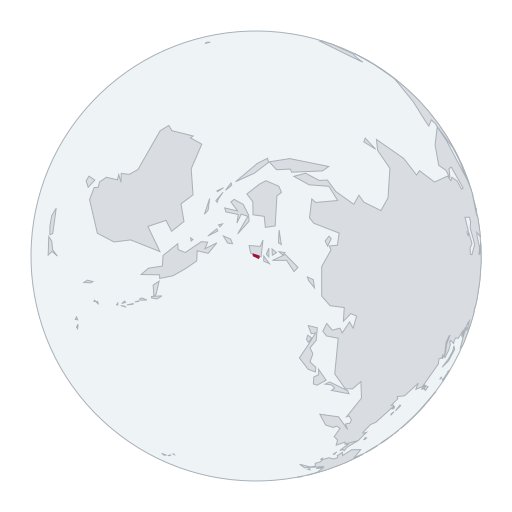 Surigao del Sur highlighted on a globe, orthographic projection, rotated 133°
{"feature_id": "PHL-2594", "entity_name": "Surigao del Sur", "entity_type": "Province", "adm_level": 1, "iso_a3": "PHL", "parent_name": "Philippines", "parent_adm1": "", "projection": "orthographic", "projection_center": [126.161, 8.696], "detail": "medium", "context": "on_globe", "style": "filled", "palette": "rose", "viewbox_px": 512, "rotation_deg": 133, "n_neighbors": 0, "source": "natural_earth", "source_scale": "10m", "svg_char_len": 9311}
<svg xmlns="http://www.w3.org/2000/svg" viewBox="0 0 512 512"><g transform="rotate(133 256 256)"><circle cx="256" cy="256" r="225" fill="#eef3f6" stroke="#a8b0b8"/><path d="M430.8,336.9L430.6,338.5L430.3,338.7L430.8,336.9ZM381.3,68.8L373.2,63.8L365.4,62.4L370.4,67.2L363.5,62.6L377.9,76.2L378.5,82.0L373.3,72.4L369.2,69.3L367.3,71.3L362.7,68.6L359.2,68.3L353.9,65.2L351.3,60.6L347.8,58.7L346.6,60.4L340.6,58.9L342.8,56.6L332.5,53.9L326.2,47.4L336.4,46.7L328.5,43.0L328.0,42.5L346.5,49.7L364.3,58.5L381.3,68.8ZM464.6,190.4L462.7,185.5L464.5,187.7L464.6,190.4ZM461.1,183.2L461.9,184.7L461.1,183.5L461.1,183.2ZM460.3,182.8L460.9,183.1L460.4,183.3L460.3,182.8ZM459.4,182.9L459.8,182.6L459.8,182.8L459.4,182.9ZM457.3,181.5L456.7,181.0L456.9,180.2L457.3,181.5ZM389.7,74.7L386.6,72.5L385.1,71.4L385.6,71.7L389.7,74.7ZM375.0,71.7L375.5,70.6L376.6,72.7L375.0,71.7ZM359.6,68.9L360.9,70.1L358.5,69.5L359.6,68.9ZM348.2,64.3L344.0,63.3L347.9,63.5L348.2,64.3ZM341.2,62.1L330.9,60.3L332.9,62.7L321.3,55.4L333.9,59.0L338.4,58.7L338.1,60.3L341.2,62.1ZM320.8,40.2L320.9,40.3L312.8,38.0L312.1,37.8L320.8,40.2ZM316.5,51.9L313.6,51.1L316.2,51.2L316.5,51.9ZM324.9,41.6L322.7,41.1L315.5,39.0L313.7,38.6L312.4,37.9L324.9,41.6ZM302.5,35.6L307.4,36.7L304.9,36.1L307.6,36.8L302.3,35.7L300.2,35.1L298.5,34.8L300.0,35.1L302.5,35.6ZM298.7,35.1L306.8,36.9L306.5,36.9L298.7,35.1ZM294.8,34.2L297.7,34.8L297.3,34.7L294.8,34.2ZM288.2,33.0L286.6,32.8L286.1,32.7L288.2,33.0ZM290.1,33.4L288.8,33.3L289.9,33.3L291.4,33.6L290.1,33.4ZM294.0,34.1L294.7,34.3L292.8,33.9L294.0,34.1ZM283.2,32.4L282.2,32.3L277.3,31.8L278.0,31.8L283.2,32.4ZM63.6,138.9L63.0,140.2L75.3,123.1L76.6,119.8L85.9,108.3L88.8,105.8L88.1,110.7L91.0,107.4L97.4,98.1L103.3,93.6L100.3,94.6L97.0,98.3L95.1,99.3L97.9,96.1L99.9,94.4L101.9,92.0L92.9,100.6L106.8,87.2L121.8,75.1L137.8,64.2L136.1,65.3L143.5,60.9L144.3,61.0L149.5,57.5L157.7,53.4L162.9,51.3L166.5,49.6L159.1,52.6L176.8,45.1L181.7,43.6L184.1,43.7L169.9,51.4L164.4,53.1L166.8,50.9L156.7,56.3L161.3,54.2L159.3,55.8L166.6,53.2L165.5,54.3L174.4,50.3L173.8,51.4L168.2,53.9L178.5,52.0L179.7,54.2L182.6,53.3L185.3,51.8L185.0,56.2L187.1,55.4L188.1,53.6L192.9,51.0L201.4,48.5L200.8,50.2L197.7,51.3L190.2,56.6L182.0,59.9L182.6,60.4L189.6,58.0L198.7,51.4L204.0,49.5L200.4,52.4L202.1,51.1L204.5,50.8L206.4,52.1L210.6,49.0L238.2,45.2L244.5,48.2L238.3,50.6L256.9,52.0L262.6,56.9L263.5,55.0L273.0,55.3L271.3,53.7L272.4,52.9L296.0,55.0L301.1,57.3L312.3,57.5L312.7,56.8L309.6,54.9L321.3,55.4L332.9,62.7L331.3,64.0L339.7,68.3L334.9,70.9L334.8,75.6L324.7,77.0L325.5,81.2L328.7,82.5L332.1,89.8L328.2,101.4L317.3,85.9L320.4,70.7L317.9,76.0L314.2,73.3L310.8,74.4L309.4,78.8L311.8,80.1L288.0,81.9L276.3,93.6L287.3,94.8L292.2,100.1L288.5,118.0L260.1,139.8L266.4,149.9L265.4,155.8L257.1,158.3L258.2,149.5L251.5,145.4L253.5,140.5L240.4,142.6L242.6,135.7L231.3,141.4L233.4,147.4L244.1,147.6L233.5,156.3L241.8,167.9L240.5,180.6L219.0,200.7L200.4,205.3L198.8,209.3L192.6,203.8L182.5,210.8L192.6,236.0L191.6,242.9L176.2,254.1L176.2,248.9L159.7,234.1L155.3,250.2L167.7,265.7L171.9,282.6L161.7,276.2L157.6,261.3L151.8,255.6L154.4,241.5L151.5,219.7L141.4,222.2L143.1,213.9L137.6,195.6L123.6,199.0L100.6,217.8L95.8,239.1L88.6,247.4L83.9,214.5L87.3,193.8L82.1,194.6L80.2,175.9L66.9,170.4L68.0,164.9L64.8,166.4L64.0,159.9L66.9,151.3L65.0,150.8L57.8,173.7L60.3,174.5L66.6,167.5L63.8,175.5L65.1,184.1L52.7,200.7L38.0,211.5L41.7,195.4L57.3,150.5L59.7,146.2L60.0,145.7L60.5,144.8L56.6,151.5L61.0,143.2L47.1,173.0L42.6,185.7L37.7,212.4L36.9,214.5L36.9,220.6L43.1,218.2L42.0,223.5L35.9,246.4L31.8,276.0L35.3,300.1L40.1,320.0L40.8,322.6L36.6,307.3L33.6,291.7L31.6,275.9L30.8,260.0L31.0,244.1L32.4,228.3L34.9,212.6L38.6,197.1L43.3,181.9L49.0,167.1L55.8,152.7L63.6,138.9ZM89.4,104.4L87.5,106.5L87.6,106.4L89.4,104.4ZM82.1,126.3L85.1,129.6L92.9,117.7L94.7,118.2L96.7,114.3L93.4,116.9L99.6,106.5L104.3,104.8L108.6,100.3L107.8,99.0L98.3,104.0L89.4,118.5L84.8,122.2L82.1,126.3ZM262.3,30.8L259.5,30.8L250.7,30.8L252.4,30.8L248.0,31.1L240.5,31.5L244.6,31.1L233.3,32.0L234.6,31.7L233.2,31.9L232.3,32.0L262.3,30.8ZM277.2,31.7L276.8,31.7L273.5,31.4L275.4,31.7L264.6,31.1L260.0,30.8L266.8,31.0L277.2,31.7ZM207.4,36.6L210.5,35.9L211.5,35.7L219.5,34.3L219.2,34.7L214.2,35.8L207.4,36.6ZM73.1,125.4L70.8,128.1L72.1,126.0L72.6,125.5L73.1,125.4ZM208.4,36.9L211.8,36.1L209.5,36.9L208.4,36.9ZM219.4,35.1L217.6,35.8L220.1,34.6L219.4,35.1ZM130.8,435.3L135.4,438.2L133.4,437.9L130.8,435.3ZM45.4,322.6L55.4,355.8L53.7,354.3L48.8,343.5L41.9,322.9L42.4,318.7L41.4,310.0L45.4,322.6ZM228.2,326.3L235.2,328.0L235.0,329.0L228.2,326.3ZM220.8,322.0L228.7,323.1L219.6,324.1L220.8,322.0ZM231.8,323.6L239.9,322.4L243.3,321.0L242.8,323.1L231.8,323.6ZM215.6,321.6L187.5,318.2L176.6,314.2L179.0,310.7L196.6,313.7L215.6,321.6ZM178.1,310.5L161.8,297.8L140.9,263.8L148.4,265.4L170.4,287.1L169.0,290.2L178.9,299.8L178.1,310.5ZM218.4,295.4L216.9,305.0L201.2,302.5L194.2,300.1L189.4,286.9L192.1,280.8L197.8,281.7L220.9,262.5L228.7,268.7L221.4,277.0L227.9,286.3L218.4,295.4ZM96.3,241.3L99.0,255.0L95.3,256.5L96.3,241.3ZM231.0,248.5L221.2,256.9L230.4,245.3L231.0,248.5ZM237.0,237.3L237.2,242.1L233.7,237.1L237.0,237.3ZM197.8,215.7L191.7,216.1L192.0,212.8L199.9,210.4L197.8,215.7ZM239.4,191.5L238.0,201.0L236.3,204.1L234.2,198.0L239.4,191.5ZM210.5,44.0L199.6,45.1L191.6,47.2L186.7,49.9L188.9,47.0L201.3,43.7L210.5,44.0ZM234.8,44.6L239.0,42.9L240.4,43.8L239.6,44.4L234.8,44.6ZM235.1,43.4L234.3,41.1L238.8,40.4L238.5,42.3L235.1,43.4ZM220.9,37.7L217.7,37.9L219.6,37.1L220.9,37.7ZM378.3,419.9L381.0,421.3L374.7,427.1L365.8,432.9L357.3,434.7L378.3,419.9ZM311.5,432.6L310.4,425.7L320.2,425.6L316.9,431.5L311.5,432.6ZM384.5,415.4L390.1,409.1L391.5,401.2L391.8,408.4L397.1,408.6L383.1,420.8L384.5,415.4ZM273.3,401.3L229.9,411.5L220.0,408.8L221.7,403.0L211.1,383.8L214.3,384.5L211.2,371.9L236.4,362.9L254.2,343.8L269.1,346.4L279.9,332.2L295.5,334.6L291.3,346.1L308.1,355.2L318.3,329.3L329.7,358.6L342.6,369.5L347.5,387.6L328.3,416.1L316.3,421.1L313.5,418.2L308.6,420.9L300.4,419.1L294.8,409.3L290.1,411.9L294.2,405.0L287.5,410.9L282.8,404.4L273.3,401.3ZM385.9,357.8L388.4,358.7L392.8,363.8L388.6,362.8L385.9,357.8ZM424.3,342.8L425.6,345.1L422.9,345.7L424.3,342.8ZM430.3,338.7L427.1,339.7L430.8,336.9L430.3,338.7ZM398.3,341.7L399.7,343.5L398.6,344.1L398.3,341.7ZM397.3,341.0L398.7,338.2L398.6,341.1L397.3,341.0ZM384.6,325.0L386.1,323.6L386.8,324.8L384.6,325.0ZM245.6,329.1L255.2,322.3L260.6,322.2L245.6,329.1ZM382.3,321.8L378.5,321.3L378.9,319.8L382.3,321.8ZM382.5,318.2L382.0,316.0L384.5,321.2L382.5,318.2ZM375.1,313.0L379.8,317.1L374.5,313.4L375.1,313.0ZM372.3,313.3L369.0,311.4L369.2,310.8L372.3,313.3ZM335.5,313.7L347.9,327.4L338.2,326.3L327.2,317.6L319.0,324.3L300.3,321.6L304.4,317.4L301.7,310.1L282.7,305.7L278.9,300.8L285.5,298.3L273.1,293.6L286.7,292.8L292.3,302.6L300.0,296.0L313.6,299.0L327.0,303.2L338.1,311.1L335.5,313.7ZM287.0,313.4L289.3,313.6L287.3,316.2L287.0,313.4ZM362.6,305.8L367.4,310.7L366.9,311.8L364.5,310.9L362.6,305.8ZM340.5,309.7L352.3,302.9L355.1,303.2L347.4,311.4L340.5,309.7ZM349.3,297.6L354.9,299.1L357.9,303.7L356.8,304.8L349.3,297.6ZM259.3,302.2L258.8,304.7L255.3,302.4L259.3,302.2ZM263.8,301.0L274.3,304.9L262.8,303.2L263.8,301.0ZM232.5,289.0L235.5,295.4L244.9,292.4L237.7,297.3L244.3,308.1L242.2,311.7L235.6,300.1L233.6,311.2L229.5,310.6L227.0,300.6L231.1,289.3L235.3,284.8L252.4,284.5L232.5,289.0ZM263.6,293.5L260.9,286.1L263.0,281.6L265.9,285.6L263.6,293.5ZM253.0,268.2L246.1,259.4L239.5,261.8L253.1,251.8L257.5,261.9L253.0,268.2ZM247.6,249.8L241.4,251.9L248.0,246.0L247.6,249.8ZM239.9,249.1L239.6,243.3L244.3,244.6L239.9,249.1ZM250.7,250.3L252.4,240.9L254.5,246.8L250.7,250.3ZM238.3,230.7L248.0,240.9L234.9,235.6L235.7,217.5L241.4,217.6L238.3,230.7ZM278.6,164.1L278.0,159.3L283.5,158.9L282.4,162.3L278.6,164.1ZM300.9,154.8L284.7,157.3L271.7,160.0L275.2,162.6L271.2,170.3L266.7,162.2L276.6,154.5L286.3,153.9L288.8,147.7L296.6,144.3L296.6,136.3L300.3,133.5L303.3,140.7L300.9,154.8ZM296.2,133.0L299.0,120.0L308.8,123.2L310.4,126.8L305.0,131.2L300.1,129.2L296.2,133.0ZM302.5,118.0L297.8,116.1L292.0,97.1L293.3,94.0L302.9,109.2L299.0,108.4L298.7,112.8L302.5,118.0ZM313.9,52.0L313.7,51.2L315.7,52.3L313.9,52.0ZM271.3,52.1L273.2,51.2L275.5,52.2L271.3,52.1ZM279.6,49.5L275.7,48.9L280.1,48.8L279.6,49.5ZM266.8,48.1L274.2,48.4L266.8,49.1L266.8,48.1Z" fill="#d9dde1" stroke="#a8b0b8" stroke-width="1"/><path d="M255.1,252.9L255.2,253.0L255.2,252.9L255.3,252.9L255.3,253.0L255.2,253.1L255.1,253.3L255.4,253.2L255.3,253.4L255.4,253.5L255.6,253.8L255.9,253.8L256.1,253.6L256.2,253.9L256.1,254.0L256.1,254.3L256.1,254.5L256.3,254.7L256.6,255.0L256.7,255.3L256.6,255.6L256.3,255.9L256.4,256.0L256.2,256.0L255.9,256.2L255.8,256.3L255.9,256.6L256.0,256.7L256.3,256.7L256.2,256.6L256.4,256.6L256.5,256.6L256.8,256.6L256.9,256.8L257.0,256.9L256.9,256.9L256.8,257.0L256.8,257.3L256.7,257.4L256.8,257.5L256.7,257.8L256.7,258.0L256.8,258.0L257.0,257.9L257.1,258.2L257.1,258.3L257.1,258.6L257.1,258.8L256.9,259.0L256.7,259.1L256.5,258.9L256.5,258.5L256.2,258.1L256.2,257.9L256.2,257.5L256.2,257.4L255.8,257.3L255.7,257.2L255.4,256.8L255.4,256.6L255.4,256.4L255.5,256.3L255.5,256.2L255.3,255.9L255.2,255.8L255.2,255.7L255.0,255.4L254.9,255.3L254.8,255.2L254.6,255.0L254.6,254.9L254.6,254.6L254.6,254.4L254.6,254.2L254.4,253.8L254.3,253.7L255.1,252.9Z" fill="#f43f5e" stroke="#9f1239" stroke-width="1.5"/></g></svg>